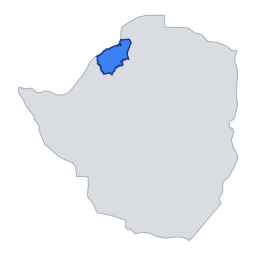 Kariba, Mashonaland West, Zimbabwe (highlighted)
{"feature_id": "62879985B94385115404707", "entity_name": "Kariba", "entity_type": "district", "adm_level": 2, "iso_a3": "ZWE", "parent_name": "Zimbabwe", "parent_adm1": "Mashonaland West", "projection": "natural_earth1", "projection_center": [28.545, -16.89], "detail": "fine", "context": "in_parent", "style": "filled", "palette": "blue", "viewbox_px": 256, "rotation_deg": 0, "n_neighbors": 0, "source": "geoboundaries", "source_scale": "gbopen_adm2", "svg_char_len": 5841}
<svg xmlns="http://www.w3.org/2000/svg" viewBox="0 0 256 256"><path d="M188.9,240.6L186.4,238.7L182.9,237.5L178.5,236.9L172.8,237.2L165.7,238.2L158.2,236.9L150.1,233.4L143.4,232.1L135.4,233.7L135.0,233.7L133.7,232.5L131.5,229.9L127.8,229.4L126.8,228.8L126.0,227.8L125.5,226.6L125.3,225.2L125.9,220.9L125.6,220.4L124.6,219.9L122.6,219.4L117.8,217.5L111.7,215.6L101.9,213.5L98.1,213.0L97.2,212.3L96.1,210.8L94.2,205.8L92.4,202.6L88.2,197.6L87.5,196.0L87.7,192.0L88.0,188.8L88.4,186.1L88.2,183.5L88.2,180.3L88.3,178.2L87.7,177.3L86.2,176.6L81.8,176.3L76.5,176.5L76.3,173.2L75.8,168.2L74.8,165.4L73.6,163.9L71.2,162.3L66.2,160.2L59.5,156.9L53.8,152.1L47.2,146.2L45.1,145.1L42.7,139.5L38.9,129.9L39.2,126.7L38.6,125.1L35.0,120.4L34.2,118.0L33.5,115.5L27.8,108.6L25.8,105.6L24.3,101.7L22.8,98.6L21.6,97.3L19.9,95.2L18.8,92.8L18.3,91.0L18.7,88.6L19.2,87.0L24.7,88.7L27.7,88.8L30.0,88.0L32.9,89.1L36.3,92.2L40.1,92.8L44.1,90.9L49.6,91.5L56.5,94.6L62.2,95.2L69.0,92.5L75.1,84.8L80.8,77.6L86.4,69.3L89.8,62.5L94.7,57.1L101.3,52.9L108.0,49.3L118.2,45.0L120.2,41.4L120.9,37.4L120.9,32.0L121.4,28.4L122.5,26.8L124.2,25.6L126.4,24.0L133.1,19.8L138.8,17.1L145.7,15.4L153.2,15.4L160.4,15.4L164.6,15.4L164.6,20.6L164.9,26.5L165.7,27.1L171.2,27.2L179.9,27.6L188.3,28.0L193.7,32.3L195.5,33.2L201.1,34.4L208.2,41.5L216.8,42.2L222.7,44.4L227.9,46.9L230.9,49.8L232.8,50.5L235.4,50.7L236.7,51.0L236.4,53.1L234.7,56.7L234.9,61.8L237.2,68.9L237.5,75.1L236.7,86.0L236.6,96.6L236.9,100.4L237.3,102.9L237.7,104.3L237.6,105.8L236.2,110.3L235.0,114.9L235.0,116.8L234.5,118.1L233.6,119.3L229.9,121.5L229.2,122.8L229.2,125.2L229.7,127.2L231.1,128.0L232.8,129.1L233.4,130.7L233.4,132.3L232.9,135.2L231.3,140.1L232.8,145.8L234.5,149.4L236.7,153.7L237.7,156.3L237.6,158.2L237.3,160.0L233.7,167.8L231.2,172.6L228.1,177.7L224.1,181.0L223.0,182.5L222.6,184.3L222.7,188.2L222.5,192.2L219.0,198.4L221.1,203.8L220.6,204.3L219.5,205.0L214.5,211.1L209.4,217.1L205.8,221.6L201.6,226.7L196.9,232.3L192.9,237.2L188.9,240.6Z" fill="#d9dde1" stroke="#a8b0b8" stroke-width="1"/><path d="M103.7,73.8L103.8,73.9L104.0,73.9L104.6,73.7L104.7,73.8L104.8,73.9L105.1,73.7L105.2,73.8L105.3,73.9L105.6,73.8L105.8,73.8L106.1,73.7L106.3,73.7L106.5,73.4L108.9,73.0L109.0,72.9L109.6,73.1L109.6,72.9L109.8,72.7L109.9,72.8L109.9,73.0L110.0,73.1L110.1,73.3L110.4,73.4L110.8,73.4L110.9,73.6L110.9,73.8L111.0,73.8L111.3,74.1L111.5,74.3L111.5,74.2L111.6,74.3L111.6,74.2L111.8,74.3L112.0,74.3L112.1,74.2L111.9,74.1L111.9,73.9L112.0,73.8L112.3,73.5L112.5,73.0L112.9,72.5L113.4,72.0L113.4,71.7L113.7,71.5L113.8,71.1L114.0,70.9L114.2,71.0L114.5,70.9L114.7,70.6L114.6,70.4L114.5,70.1L114.6,69.8L114.7,69.6L114.7,69.4L115.3,68.5L115.4,68.4L115.4,68.2L115.6,67.6L115.7,67.2L115.9,67.3L116.0,67.5L116.5,67.6L116.8,67.7L116.8,67.4L116.9,67.1L117.2,66.9L117.4,66.7L117.6,66.5L117.7,66.4L117.8,66.1L117.8,65.9L118.0,65.8L118.3,65.8L118.5,66.0L118.7,65.8L118.8,65.8L118.9,66.0L119.0,65.7L119.2,65.9L119.3,65.8L119.4,65.6L119.5,65.5L119.9,65.5L120.2,65.4L120.2,65.6L120.7,65.7L120.8,65.6L121.0,65.7L121.4,65.6L121.6,65.6L121.9,65.6L121.9,65.4L122.1,65.2L122.4,65.3L122.6,65.1L122.8,64.7L122.8,64.4L122.7,64.0L122.7,63.8L122.6,63.5L122.5,63.3L122.3,63.2L122.1,62.7L121.8,62.6L121.7,62.4L121.4,62.5L121.2,62.2L120.9,62.0L120.8,61.7L121.0,61.5L121.2,61.4L121.3,61.4L121.6,61.2L121.6,61.3L121.7,61.2L121.9,61.2L122.0,61.2L122.1,61.3L122.4,61.3L122.5,61.3L122.5,61.2L122.8,60.8L122.9,60.7L123.0,60.5L123.2,60.4L123.2,60.2L123.3,60.3L123.5,60.2L123.5,59.9L123.6,60.0L123.8,60.0L123.8,59.9L124.0,59.9L124.0,59.7L124.3,59.7L124.5,59.5L124.8,59.6L124.9,59.4L125.0,59.5L125.5,59.5L125.6,59.3L125.8,59.3L126.5,58.8L126.6,58.7L126.9,58.6L126.9,58.8L127.1,58.8L127.1,58.7L127.1,58.8L127.3,58.8L127.4,58.7L127.5,58.8L127.7,58.7L127.7,58.9L127.8,59.0L128.0,58.9L128.1,59.0L128.2,58.9L128.3,59.0L128.4,58.7L128.5,58.7L127.2,54.5L127.1,52.7L131.0,42.5L129.4,39.4L124.9,39.6L123.0,39.8L120.6,39.8L120.6,40.3L120.4,40.6L120.4,40.8L120.0,41.4L119.8,41.8L119.8,42.1L119.9,42.4L120.0,42.7L119.7,43.4L119.5,43.5L118.7,44.2L119.3,44.2L119.6,44.5L119.7,44.4L119.8,44.4L120.1,44.3L120.3,44.2L120.8,44.2L120.8,44.5L121.2,44.7L121.2,44.9L121.0,45.0L120.8,45.1L120.8,44.9L120.7,45.0L120.7,44.9L120.5,44.7L120.5,44.8L120.4,44.8L120.4,44.7L120.4,44.8L120.3,44.7L120.4,44.8L120.2,44.9L120.1,45.0L119.9,44.8L119.8,45.0L119.8,44.8L119.7,45.0L119.3,45.0L119.1,45.0L119.1,44.9L118.9,44.8L118.7,44.9L118.6,45.0L118.6,44.8L118.4,44.9L118.5,44.9L118.5,45.0L118.4,45.0L118.0,45.4L118.1,44.9L118.1,44.7L118.3,44.6L118.2,44.6L117.7,45.3L114.8,46.0L110.9,47.9L110.7,47.8L110.3,47.9L110.3,48.2L110.0,48.4L109.9,48.6L109.7,48.9L109.3,49.1L109.3,49.3L109.1,49.5L108.8,49.5L108.7,49.4L108.6,49.2L108.3,49.0L108.2,49.0L107.8,49.1L107.5,49.2L107.3,49.2L107.0,49.0L106.0,49.3L105.8,49.6L105.7,49.9L105.6,50.0L105.0,50.5L104.8,50.6L104.4,50.5L104.1,50.6L104.1,51.1L103.9,51.2L103.7,51.2L103.7,51.6L103.4,51.8L100.5,54.7L98.4,55.6L97.0,56.4L97.3,56.7L97.5,57.1L97.5,58.1L97.5,58.4L97.6,58.5L97.6,58.8L97.2,59.9L97.3,60.0L97.5,60.5L97.8,60.8L97.6,61.2L98.0,61.3L98.5,61.3L98.5,61.6L98.0,62.0L98.1,62.6L98.1,63.3L98.0,63.6L97.6,63.8L98.0,64.2L98.4,63.8L98.6,63.8L99.3,64.7L99.1,64.9L99.1,65.0L99.3,65.4L99.3,65.5L99.5,65.5L99.7,65.2L100.0,65.1L100.5,65.2L100.7,65.4L100.8,65.5L100.7,65.7L100.6,65.9L100.4,66.1L100.5,66.6L100.5,67.0L100.8,67.4L101.0,67.3L101.1,67.6L101.0,67.8L100.6,67.8L100.6,68.1L100.9,68.3L100.7,68.5L101.3,68.9L101.3,69.0L101.2,69.1L100.9,69.1L100.9,68.9L100.7,69.0L100.8,69.3L101.0,69.4L101.3,69.4L101.5,69.5L101.4,69.7L101.3,69.8L101.5,70.0L101.5,69.9L101.5,70.1L101.3,70.4L101.3,70.8L101.5,70.8L101.6,71.3L101.6,71.2L101.8,71.1L102.0,71.3L102.3,71.5L102.1,71.7L102.2,71.9L102.4,71.9L102.6,72.2L102.9,72.2L103.3,72.4L103.5,72.8L103.5,73.0L103.4,73.3L103.4,73.6L103.5,73.7L103.5,73.9L103.7,73.8Z" fill="#3b82f6" stroke="#1e3a8a" stroke-width="1.5"/></svg>